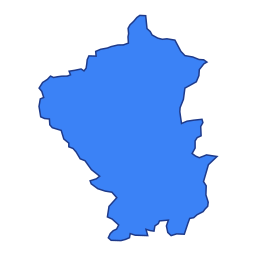 Toropi, Rio Grande do Sul, Brazil (Natural Earth projection), rotated 90°
{"feature_id": "56859067B18993584825810", "entity_name": "Toropi", "entity_type": "district", "adm_level": 2, "iso_a3": "BRA", "parent_name": "Brazil", "parent_adm1": "Rio Grande do Sul", "projection": "natural_earth1", "projection_center": [-54.3, -29.476], "detail": "fine", "context": "isolated", "style": "filled", "palette": "blue", "viewbox_px": 256, "rotation_deg": 90, "n_neighbors": 0, "source": "geoboundaries", "source_scale": "gbopen_adm2", "svg_char_len": 1703}
<svg xmlns="http://www.w3.org/2000/svg" viewBox="0 0 256 256"><g transform="rotate(90 128 128)"><path d="M15.7,110.3L15.4,116.2L17.5,119.1L21.4,122.4L24.7,125.9L28.3,127.9L33.7,127.4L36.8,128.0L43.1,127.6L44.9,132.6L45.0,138.1L46.6,144.9L48.0,148.5L49.3,155.4L51.4,160.3L56.1,159.9L55.9,167.1L59.8,168.8L63.6,169.2L68.2,169.9L70.9,172.0L69.0,174.9L70.3,181.2L71.2,186.9L74.8,185.5L76.1,188.7L76.2,194.4L76.7,198.2L77.5,202.5L76.1,205.5L79.3,208.5L82.5,213.4L88.1,216.9L91.4,214.2L97.5,212.3L98.9,215.7L106.4,217.0L116.8,215.3L118.5,211.5L119.0,206.6L124.8,206.2L127.7,203.7L130.4,194.8L139.0,192.2L143.1,187.2L146.8,187.2L148.5,182.9L152.1,179.8L158.8,175.8L160.7,171.0L169.6,164.6L176.2,156.3L178.8,159.6L180.8,165.9L183.8,164.8L188.7,158.2L191.1,150.8L192.2,144.1L197.7,139.2L206.4,147.0L216.9,148.6L219.1,143.8L225.0,137.3L229.1,139.4L230.7,142.8L233.5,145.7L237.8,147.7L240.3,144.9L240.6,135.0L239.4,130.5L237.7,126.5L233.6,125.8L235.2,120.8L235.6,108.3L229.3,110.0L230.6,105.8L231.1,102.0L225.9,101.1L223.6,97.7L220.9,96.5L220.1,87.6L226.0,89.6L232.5,88.2L235.6,84.9L233.9,79.4L234.2,71.7L223.3,68.1L218.4,66.3L217.7,62.3L214.7,58.9L211.6,52.9L209.1,51.0L206.3,48.3L202.2,47.8L194.9,50.1L185.8,49.8L181.6,52.5L177.4,51.3L164.7,47.6L156.5,39.0L154.9,49.5L156.2,52.7L157.7,56.7L156.1,60.4L153.5,63.9L148.1,60.9L140.9,60.9L137.6,58.8L135.8,54.9L126.5,55.3L122.6,53.1L119.3,54.0L120.2,62.4L121.2,69.0L123.5,74.5L111.7,76.2L107.6,75.9L99.4,72.6L88.1,71.1L81.8,59.7L75.6,57.1L69.6,56.7L63.8,52.1L62.1,49.1L59.8,52.3L59.5,57.0L57.0,63.2L55.6,71.1L51.4,75.1L40.1,81.1L38.8,89.1L39.3,93.7L38.1,98.3L35.0,103.9L31.5,105.8L28.6,109.0L15.7,110.3Z" fill="#3b82f6" stroke="#1e3a8a" stroke-width="1.5"/></g></svg>